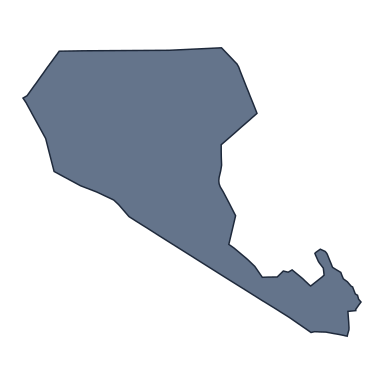 Reifi Khashm Elgirba, Kassala, Sudan (Albers equal-area conic projection)
{"feature_id": "16777658B57943425693206", "entity_name": "Reifi Khashm Elgirba", "entity_type": "district", "adm_level": 2, "iso_a3": "SDN", "parent_name": "Sudan", "parent_adm1": "Kassala", "projection": "albers", "projection_center": [35.198, 15.581], "detail": "fine", "context": "isolated", "style": "filled", "palette": "slate", "viewbox_px": 384, "rotation_deg": 0, "n_neighbors": 0, "source": "geoboundaries", "source_scale": "gbopen_adm2", "svg_char_len": 2860}
<svg xmlns="http://www.w3.org/2000/svg" viewBox="0 0 384 384"><path d="M59.2,51.2L59.1,51.3L59.0,51.5L58.9,51.7L58.6,52.1L58.5,52.3L58.3,52.4L58.2,52.6L58.0,52.9L57.9,53.0L57.7,53.3L57.5,53.6L57.1,54.2L57.0,54.3L56.8,54.6L56.7,54.7L56.5,55.0L56.3,55.2L56.3,55.3L56.1,55.4L56.1,55.5L55.8,55.9L55.7,56.1L55.3,56.6L54.8,57.2L54.6,57.5L54.4,57.8L54.2,58.0L53.4,59.2L53.3,59.3L52.4,60.6L51.2,62.1L50.8,62.8L50.3,63.4L49.7,64.1L49.5,64.5L48.4,66.0L47.6,67.0L46.0,69.3L44.8,71.0L43.2,73.3L41.5,75.6L35.5,84.1L34.4,85.5L29.1,92.9L27.1,95.7L23.5,97.8L23.0,98.1L26.4,103.2L26.8,104.1L27.1,104.6L28.9,107.9L31.1,111.9L31.7,113.1L40.5,129.1L45.7,138.6L48.8,150.9L54.1,171.5L63.9,176.8L79.7,185.3L80.4,185.7L96.7,192.0L96.9,192.1L113.7,200.0L118.7,204.7L128.9,216.5L129.3,216.8L129.5,216.9L129.6,217.0L130.5,217.6L132.9,219.1L134.9,220.4L135.1,220.5L135.5,220.8L142.2,225.0L145.6,227.1L160.0,236.3L182.9,250.7L223.8,276.5L249.4,292.5L263.2,301.2L263.8,301.5L278.2,310.4L279.4,311.2L281.3,312.4L285.8,315.2L288.8,317.1L294.9,321.3L298.2,323.6L302.7,326.7L307.2,329.8L310.6,332.2L311.0,332.5L314.4,331.7L318.1,331.8L319.0,331.9L322.7,332.0L326.1,332.1L328.0,332.5L329.2,332.7L329.3,332.7L333.4,333.5L336.5,334.0L338.2,334.3L340.3,334.7L341.7,335.0L344.2,335.5L344.8,335.7L346.2,336.0L346.5,336.0L346.9,336.1L347.2,336.2L347.5,334.9L348.4,331.6L348.9,330.0L349.0,327.7L348.8,324.3L348.7,322.2L347.9,311.4L355.8,310.6L355.8,309.3L357.9,306.3L359.0,304.7L359.6,303.9L359.8,303.7L360.1,303.2L360.3,303.0L360.7,302.4L360.9,302.1L361.0,302.0L358.6,299.2L357.5,295.2L356.7,294.8L355.4,294.0L355.3,293.8L355.0,293.2L354.3,291.3L354.1,290.9L353.9,290.3L352.6,286.9L351.3,286.3L350.9,285.9L348.9,283.6L348.4,283.0L347.4,281.8L346.6,281.2L343.3,278.8L343.0,278.0L341.9,275.4L340.8,272.4L338.5,271.0L337.0,270.1L336.8,270.0L334.7,268.7L332.6,267.4L332.2,266.6L331.3,264.2L329.4,259.6L327.3,254.4L326.9,253.6L326.0,252.4L325.1,251.4L320.3,249.2L316.2,252.1L315.2,253.0L314.9,253.3L315.5,255.0L318.4,261.5L319.6,263.3L323.3,268.1L323.6,270.7L324.1,275.1L322.3,276.8L310.7,286.0L310.5,285.9L310.0,285.5L309.8,285.3L309.7,285.3L308.4,284.1L307.5,283.2L305.0,280.9L303.9,279.8L303.3,279.2L301.7,277.8L292.1,269.9L288.2,272.2L283.3,271.0L277.2,277.0L274.5,277.0L269.3,277.1L267.9,277.1L262.3,277.3L254.8,266.4L247.5,259.4L234.1,248.1L228.8,244.4L229.2,242.8L229.6,241.1L235.6,215.7L231.7,208.1L229.2,203.2L223.2,191.8L220.2,186.8L219.1,183.7L218.8,180.8L219.1,177.5L220.6,171.2L220.8,170.2L221.3,167.1L221.6,165.1L221.5,162.4L221.3,157.4L221.2,151.4L221.2,144.7L222.4,143.7L235.6,132.2L241.3,127.1L250.2,119.4L251.6,118.1L257.0,113.4L256.4,111.8L255.5,109.5L253.0,103.2L250.1,96.1L248.4,91.7L246.7,87.6L240.1,70.9L238.7,67.0L237.6,65.1L237.2,64.3L237.1,64.1L233.8,60.7L233.0,59.8L228.3,54.9L221.5,47.8L168.9,50.3L83.8,50.8L59.2,51.2Z" fill="#64748b" stroke="#1e293b" stroke-width="1.5"/></svg>